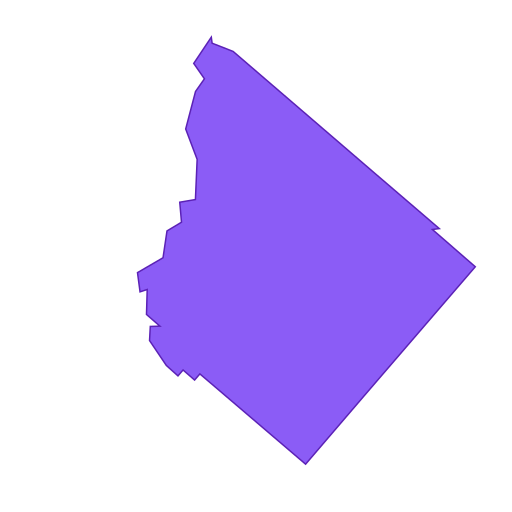 Wilcox, Georgia, United States of America, rotated 220°
{"feature_id": "52423323B95461713566074", "entity_name": "Wilcox", "entity_type": "district", "adm_level": 2, "iso_a3": "USA", "parent_name": "United States of America", "parent_adm1": "Georgia", "projection": "natural_earth1", "projection_center": [-83.364, 31.989], "detail": "fine", "context": "isolated", "style": "filled", "palette": "violet", "viewbox_px": 512, "rotation_deg": 220, "n_neighbors": 0, "source": "geoboundaries", "source_scale": "gbopen_adm2", "svg_char_len": 563}
<svg xmlns="http://www.w3.org/2000/svg" viewBox="0 0 512 512"><g transform="rotate(220 256 256)"><path d="M81.1,388.7L137.9,389.7L133.2,394.8L187.4,395.4L216.5,395.7L405.0,398.0L426.4,390.8L430.9,394.9L427.5,363.5L409.4,358.6L408.1,343.2L391.5,308.1L363.2,292.2L338.7,260.3L349.0,248.2L334.8,234.0L340.3,218.0L326.1,194.9L336.1,167.1L321.8,154.0L317.8,160.4L302.3,140.8L284.5,140.5L291.7,134.1L283.2,122.8L254.3,114.5L238.7,114.0L238.6,121.8L223.3,121.5L223.2,129.6L84.2,128.4L83.3,217.5L81.1,388.7Z" fill="#8b5cf6" stroke="#5b21b6" stroke-width="1.5"/></g></svg>